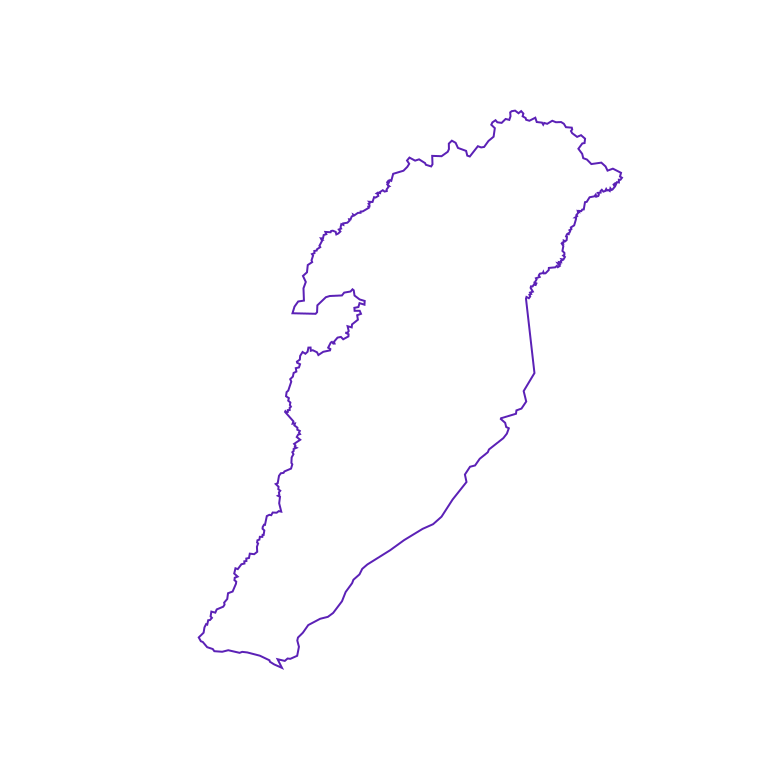 outline of Mporokoso, Northern, Zambia, rotated 122°
{"feature_id": "96606910B5671768599011", "entity_name": "Mporokoso", "entity_type": "district", "adm_level": 2, "iso_a3": "ZMB", "parent_name": "Zambia", "parent_adm1": "Northern", "projection": "orthographic", "projection_center": [29.924, -9.464], "detail": "fine", "context": "isolated", "style": "outline", "palette": "violet", "viewbox_px": 768, "rotation_deg": 122, "n_neighbors": 0, "source": "geoboundaries", "source_scale": "gbopen_adm2", "svg_char_len": 6109}
<svg xmlns="http://www.w3.org/2000/svg" viewBox="0 0 768 768"><g transform="rotate(122 384 384)"><path d="M79.3,294.9L80.1,304.0L84.6,307.5L82.1,311.4L81.1,317.0L87.6,324.7L86.1,330.9L86.9,334.7L83.8,337.9L81.5,343.8L74.9,343.3L73.4,341.6L69.4,343.5L68.6,348.8L72.1,351.2L71.6,357.3L70.4,359.5L68.4,359.3L67.1,360.6L69.8,365.8L68.0,369.4L68.0,372.6L70.9,376.9L71.6,380.8L76.9,383.5L77.7,386.5L79.7,386.4L78.6,388.5L80.9,393.3L78.0,396.8L83.7,400.2L84.6,403.5L83.4,404.8L83.5,408.3L80.8,409.1L79.9,412.3L83.1,413.4L82.7,417.7L85.0,420.3L86.8,420.9L89.9,418.6L93.6,417.7L94.8,421.3L100.2,422.6L102.0,426.6L101.2,429.2L104.7,430.7L107.3,430.4L108.3,425.6L116.2,422.1L122.5,424.2L129.9,424.7L131.9,427.0L132.6,430.4L145.6,431.8L146.2,434.4L142.8,437.9L144.6,446.4L141.5,451.1L141.7,455.4L145.8,456.4L150.4,453.4L153.3,453.0L160.3,455.9L165.0,464.0L172.0,459.3L174.5,459.3L175.9,464.7L174.9,466.2L174.9,473.3L178.1,476.0L178.5,482.4L182.3,482.9L183.9,479.3L187.5,479.3L192.8,480.5L200.9,487.6L207.8,485.5L207.9,486.9L210.1,486.7L209.5,488.0L211.3,488.2L212.0,486.8L212.9,487.0L213.4,484.8L213.8,485.5L214.4,484.6L217.6,484.9L218.9,483.9L220.5,485.5L220.3,487.7L223.3,489.1L224.2,488.5L224.9,490.6L226.3,491.2L226.1,489.8L227.5,488.5L230.4,490.0L230.8,491.4L235.7,490.2L237.2,492.9L237.4,491.8L239.3,492.6L239.9,491.1L241.2,490.4L241.9,491.3L242.7,490.3L248.9,493.5L250.1,495.2L251.2,494.6L252.7,496.8L256.7,498.5L256.7,499.8L257.4,499.0L259.0,500.2L262.1,499.6L262.8,500.9L263.7,499.8L266.6,500.5L269.4,503.7L270.6,502.8L271.0,504.9L274.1,503.9L274.9,502.7L276.9,504.2L277.8,501.8L280.7,502.6L282.4,503.7L280.6,505.6L281.1,508.6L282.2,509.9L283.6,509.7L286.1,514.3L287.5,512.3L289.6,514.1L292.8,512.9L293.8,514.5L294.3,512.8L294.7,513.5L295.4,512.4L301.0,512.0L301.7,510.6L305.2,512.2L306.5,511.8L308.1,513.6L309.9,512.3L312.0,513.9L312.7,512.2L317.5,511.0L318.7,509.5L323.5,511.7L330.1,508.5L335.3,510.0L338.9,504.4L345.5,503.0L355.7,496.1L359.5,500.5L365.8,500.9L372.5,499.1L360.7,479.2L358.6,478.8L352.6,482.2L341.2,479.3L338.1,476.6L331.2,466.6L327.6,466.2L323.3,461.4L320.4,460.9L320.6,459.3L324.6,455.9L325.2,449.5L323.8,444.4L327.1,442.6L328.4,447.6L332.3,446.5L335.1,449.5L337.5,447.7L334.8,443.4L336.7,440.7L339.9,443.2L343.3,440.2L350.4,442.7L353.1,441.4L354.3,445.5L357.8,442.0L359.9,442.1L360.9,444.0L360.6,440.4L362.5,439.4L367.7,442.3L366.9,445.5L369.3,448.0L374.8,448.8L375.9,447.4L376.6,448.4L375.9,450.5L377.1,451.1L382.8,450.6L382.8,448.0L384.1,447.6L388.9,452.6L394.2,455.0L392.6,457.6L393.1,462.3L394.6,463.7L392.0,465.6L393.2,467.4L397.1,465.9L400.0,466.7L400.0,470.0L404.6,470.0L407.9,468.3L411.2,469.7L412.0,468.9L411.7,465.7L415.0,464.9L417.3,467.2L419.9,464.9L422.5,466.5L426.0,465.2L429.6,466.1L431.1,463.9L440.3,461.7L442.5,462.3L446.3,460.6L446.4,457.2L448.9,456.4L449.3,453.6L451.7,452.7L452.6,450.9L454.1,451.4L456.1,450.2L457.1,451.7L458.7,450.7L459.7,451.4L459.3,453.2L460.1,453.1L463.7,441.0L466.1,440.5L464.6,438.6L466.6,438.1L466.9,434.3L468.7,433.3L468.4,430.5L470.3,430.3L471.0,428.7L472.4,430.0L475.2,429.9L475.7,425.5L482.4,428.5L483.0,426.6L484.5,426.4L484.4,424.4L487.0,426.2L488.7,425.1L490.4,425.6L491.5,423.6L495.2,423.4L500.0,420.7L500.7,419.2L505.0,418.0L510.9,422.1L512.6,422.1L514.4,424.2L517.5,424.4L524.4,421.6L526.2,422.8L527.0,419.0L529.2,417.9L529.5,415.4L531.6,415.7L533.6,413.9L535.0,414.7L534.8,412.4L540.7,409.7L546.7,403.5L547.6,405.9L550.0,406.8L552.0,410.3L555.0,410.1L555.7,411.9L558.1,413.4L566.5,410.3L566.9,411.2L569.5,411.1L571.1,410.3L571.6,407.9L575.8,406.1L576.3,407.0L578.1,406.2L579.4,408.3L582.0,407.2L583.6,408.5L585.7,407.6L585.9,406.3L589.4,405.5L593.5,402.6L597.1,403.9L599.0,407.9L603.1,406.3L605.0,408.3L607.0,406.9L608.4,408.5L610.2,407.2L612.4,409.4L618.5,409.9L619.0,412.3L624.1,410.6L624.9,406.1L627.4,407.9L629.6,406.9L629.9,404.6L631.8,403.7L640.2,402.4L644.1,405.4L649.4,403.0L654.1,403.7L655.6,402.3L658.0,402.3L663.8,406.4L667.3,405.9L668.5,409.8L673.0,407.9L673.5,406.0L676.4,406.5L677.5,407.9L681.7,406.4L681.9,407.6L685.5,407.3L690.5,405.2L697.1,406.8L699.2,403.0L698.8,401.0L700.9,394.5L699.5,388.8L700.5,386.3L696.8,379.3L692.3,375.0L688.5,364.0L686.3,362.3L684.1,357.7L680.2,345.3L679.0,334.7L680.0,333.6L680.0,328.5L678.8,320.1L673.8,328.4L671.4,321.4L667.9,320.3L666.7,317.8L660.5,313.6L651.9,316.9L647.5,321.6L644.6,322.6L637.9,321.0L628.6,320.5L616.9,313.7L611.2,308.2L605.1,305.8L590.5,304.5L580.7,306.3L569.8,305.5L566.2,306.2L558.5,303.9L552.3,304.5L545.9,302.5L521.7,290.7L505.7,284.2L486.4,274.5L476.9,268.1L466.1,264.9L445.6,264.6L423.4,262.1L417.9,267.4L408.6,267.2L404.8,263.6L396.7,263.2L386.9,259.8L383.9,260.3L366.7,254.1L361.0,253.5L355.4,254.7L355.7,257.6L352.7,260.7L351.8,266.4L351.0,266.6L339.3,256.3L336.2,257.7L332.0,254.4L323.5,254.1L316.0,261.8L295.0,262.2L236.4,308.8L234.7,309.3L234.5,306.6L232.3,306.4L231.2,308.0L229.7,306.9L229.0,308.5L226.8,306.7L224.8,310.6L223.3,311.1L222.6,309.7L220.3,309.6L220.0,308.7L219.1,309.4L219.3,307.9L217.9,308.1L218.1,310.0L214.5,310.0L213.8,311.2L210.7,308.7L209.8,310.3L207.9,310.3L205.7,308.0L204.6,308.2L205.5,307.0L204.5,305.7L200.1,304.7L198.2,305.7L194.3,300.6L192.2,300.0L192.8,298.5L190.7,297.5L189.5,300.7L188.8,298.7L187.8,300.1L187.0,298.2L185.8,299.2L184.6,298.5L184.1,299.6L183.3,297.8L180.4,297.9L180.1,300.1L178.8,299.5L177.2,300.5L176.6,303.2L172.0,305.0L170.8,307.4L170.1,306.5L169.5,307.6L168.3,306.8L167.1,307.6L166.9,305.9L165.1,305.4L162.3,306.8L162.4,307.8L160.1,308.2L159.2,306.9L158.7,307.6L157.4,306.9L155.4,307.2L155.2,308.2L153.3,307.2L152.2,308.5L148.7,306.8L142.3,308.6L141.1,309.3L141.5,310.1L139.3,309.2L138.9,310.4L136.0,310.0L134.8,311.2L134.6,309.7L133.9,310.4L132.8,308.3L131.0,308.3L130.1,307.1L123.3,309.9L122.1,308.6L116.7,308.6L113.3,305.0L111.2,304.8L112.7,303.3L111.0,301.9L109.6,302.1L108.5,303.8L106.9,301.7L105.6,302.6L103.9,302.2L104.6,299.9L103.1,298.7L100.9,298.9L101.7,297.4L100.7,296.7L100.7,294.8L98.1,295.7L98.8,293.8L98.0,293.3L94.4,292.8L93.2,295.0L91.4,294.4L92.2,293.0L89.4,293.4L88.6,291.6L86.3,293.1L85.5,291.7L83.0,291.5L83.0,293.8L79.3,294.9Z" fill="none" stroke="#5b21b6" stroke-width="2"/></g></svg>